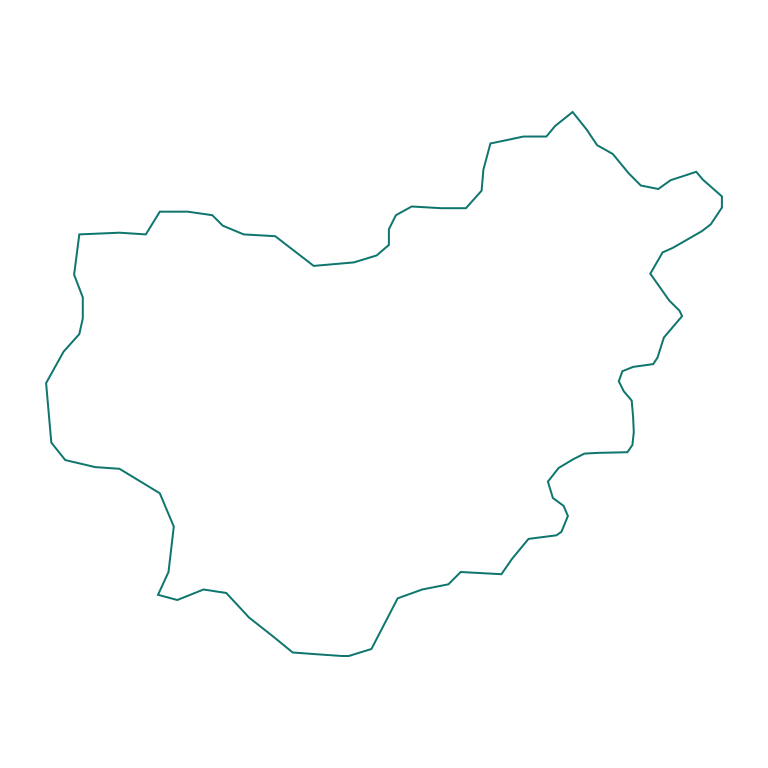 outline of Miryang-si, South Gyeongsang, South Korea
{"feature_id": "91817680B88513858108060", "entity_name": "Miryang-si", "entity_type": "district", "adm_level": 2, "iso_a3": "KOR", "parent_name": "South Korea", "parent_adm1": "South Gyeongsang", "projection": "mercator", "projection_center": [128.832, 35.493], "detail": "fine", "context": "isolated", "style": "outline", "palette": "teal", "viewbox_px": 768, "rotation_deg": 0, "n_neighbors": 0, "source": "geoboundaries", "source_scale": "gbopen_adm2", "svg_char_len": 1305}
<svg xmlns="http://www.w3.org/2000/svg" viewBox="0 0 768 768"><path d="M696.2,171.8L670.6,180.2L658.3,189.0L640.8,185.5L628.6,173.2L612.8,154.0L597.1,145.2L586.6,129.5L572.6,112.0L555.1,126.0L546.4,136.5L523.6,136.5L490.4,143.5L483.4,169.7L481.6,190.7L465.9,208.2L441.4,208.2L411.7,206.5L395.9,215.2L388.9,229.2L388.9,244.9L376.7,255.4L353.9,262.4L313.7,265.9L275.2,236.2L243.7,234.4L222.8,225.7L212.3,215.2L187.8,211.7L159.8,211.7L145.8,234.4L119.5,232.7L79.3,234.4L74.1,274.7L82.8,297.4L82.8,318.4L79.3,334.1L63.6,351.6L46.1,383.1L51.3,442.6L65.3,460.1L95.1,467.1L119.5,468.8L159.8,493.3L173.8,526.6L168.5,572.0L158.3,594.2L158.0,594.8L177.3,600.0L203.5,589.5L226.3,593.0L249.0,617.5L273.5,636.8L292.7,652.5L324.4,654.8L341.7,656.0L348.7,656.0L371.4,649.0L397.7,598.3L422.2,589.5L448.4,584.3L460.7,572.0L501.4,574.2L512.0,558.9L528.5,538.9L556.5,535.3L561.5,531.7L567.9,516.0L563.6,505.9L552.9,498.0L547.9,481.6L558.6,468.0L572.9,459.4L584.4,453.6L597.3,452.9L627.4,452.2L632.4,445.0L633.8,432.1L633.1,417.1L631.7,400.6L623.8,391.3L618.8,381.3L622.4,371.2L633.1,366.9L653.2,364.1L657.5,357.6L663.9,337.5L682.1,316.1L679.4,310.6L669.3,300.6L650.3,273.7L662.6,252.4L672.7,247.9L701.8,231.2L710.7,224.4L721.9,207.6L721.9,196.4L702.9,179.7L696.2,171.8Z" fill="none" stroke="#0f766e" stroke-width="2"/></svg>